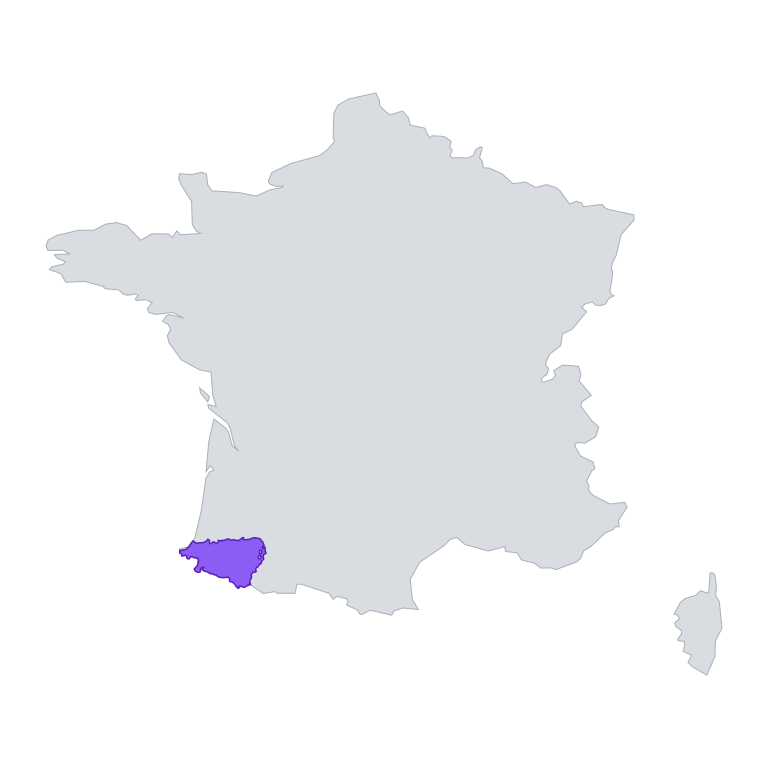 where Pyrénées-Atlantiques sits in France
{"feature_id": "FRA-5336", "entity_name": "Pyrénées-Atlantiques", "entity_type": "Metropolitan department", "adm_level": 1, "iso_a3": "FRA", "parent_name": "France", "parent_adm1": "", "projection": "equal_earth", "projection_center": [-0.695, 43.182], "detail": "fine", "context": "in_parent", "style": "filled", "palette": "violet", "viewbox_px": 768, "rotation_deg": 0, "n_neighbors": 0, "source": "natural_earth", "source_scale": "10m", "svg_char_len": 7271}
<svg xmlns="http://www.w3.org/2000/svg" viewBox="0 0 768 768"><path d="M614.1,295.8L608.7,298.5L605.5,303.9L602.1,305.3L595.6,305.3L592.4,301.9L584.8,304.1L581.8,307.6L586.6,311.8L572.0,329.4L562.4,334.0L560.8,345.5L549.6,354.2L545.6,363.3L545.4,365.1L548.4,368.1L547.4,374.0L541.7,377.9L541.9,381.7L543.5,382.3L552.4,379.2L555.6,375.7L553.7,370.8L562.5,365.0L578.6,366.4L580.9,374.3L579.1,380.9L591.3,395.3L581.5,402.0L581.0,406.4L592.0,421.0L598.8,427.0L595.7,436.7L585.0,443.1L577.9,442.5L575.0,444.1L575.4,447.2L580.6,456.1L592.8,461.8L594.9,468.6L591.7,471.0L586.6,481.1L589.2,486.2L588.4,488.4L589.7,491.8L593.0,495.3L609.9,504.0L624.9,502.3L627.0,507.3L618.4,520.7L619.2,526.7L614.5,526.9L613.8,528.9L604.7,533.4L590.3,547.0L583.4,551.0L580.9,557.9L576.9,561.8L555.6,569.7L551.5,567.9L541.0,568.1L534.3,563.1L521.6,560.0L517.2,552.8L505.5,551.5L504.7,546.6L488.3,551.0L465.0,544.5L456.7,537.5L450.1,539.3L444.2,545.6L419.7,562.2L410.2,579.4L412.4,599.6L418.4,609.5L403.1,608.0L394.1,610.9L391.7,615.2L370.1,610.2L362.2,614.4L360.0,614.1L357.1,609.8L346.5,605.0L348.0,601.7L346.6,598.7L336.6,596.3L333.1,599.3L329.3,593.4L301.4,584.2L296.9,584.3L295.1,593.4L277.2,593.2L274.6,591.6L263.1,593.5L250.8,585.0L237.1,586.6L228.7,577.9L220.6,577.3L209.1,572.8L203.9,570.5L203.2,567.9L199.8,571.8L195.5,570.9L194.6,569.7L197.4,564.9L197.9,559.3L183.6,555.1L179.9,551.1L179.8,548.9L187.5,547.0L194.5,539.3L201.2,511.2L206.0,478.1L209.6,471.9L214.0,470.2L210.4,465.7L206.1,471.6L208.8,441.5L213.9,419.0L225.8,428.2L228.6,432.2L232.1,445.6L238.8,451.3L234.4,445.8L230.1,428.0L227.4,422.9L208.5,408.0L207.9,404.6L216.2,406.4L212.8,395.3L211.0,372.1L199.5,369.8L181.3,359.9L168.8,342.3L167.4,335.7L170.8,328.7L167.9,324.3L162.6,321.3L166.8,315.3L170.5,314.7L183.6,318.1L172.9,312.5L155.5,314.4L148.6,312.4L147.4,308.3L152.2,303.0L146.4,299.7L136.4,300.5L135.2,299.1L138.2,295.3L135.7,293.9L127.6,295.3L123.0,294.1L118.7,289.8L105.6,288.8L102.7,286.3L84.7,281.4L65.8,282.2L60.7,273.6L49.3,269.5L51.7,266.7L63.2,264.2L65.5,261.8L57.2,258.3L54.3,254.7L69.7,253.9L62.8,250.2L47.9,250.5L46.1,245.4L48.1,240.1L56.9,235.4L78.5,230.3L94.2,230.2L105.4,224.2L116.4,222.6L126.7,225.5L140.7,240.3L152.0,233.8L168.8,234.0L172.2,237.7L176.7,230.9L180.4,234.8L200.8,233.5L196.1,230.9L192.3,224.6L191.6,201.5L181.2,184.9L178.7,178.8L179.4,173.7L191.5,174.6L201.6,172.3L206.4,173.9L207.6,184.6L211.8,190.8L239.8,192.7L256.0,196.1L269.6,190.0L282.3,187.3L283.3,185.9L276.0,186.4L269.3,183.8L268.3,181.0L271.8,172.6L291.2,163.4L319.5,155.6L326.7,150.4L334.9,141.0L333.1,138.6L333.9,113.2L338.0,105.0L348.6,99.0L375.9,92.9L379.5,101.0L379.4,105.5L386.8,112.6L390.5,114.8L402.4,111.0L408.3,117.6L410.2,125.1L424.8,128.2L429.3,138.0L431.9,135.8L440.9,136.2L445.2,137.1L451.2,141.4L449.6,147.2L452.3,150.1L450.0,155.5L451.8,157.8L468.5,157.8L473.4,155.4L475.5,149.9L480.4,146.7L482.3,147.7L479.5,157.8L481.9,160.4L483.4,167.7L489.7,168.2L502.2,174.0L512.9,183.7L525.6,182.1L535.9,187.5L546.2,184.6L556.2,187.6L559.7,190.4L569.5,204.0L576.4,201.2L581.5,202.8L583.3,206.7L602.0,204.4L605.6,208.3L609.6,209.7L633.7,214.8L634.2,219.9L621.2,234.5L616.2,255.3L612.5,262.6L611.3,268.0L612.6,271.6L612.2,277.3L609.9,291.0L611.8,295.0L614.1,295.8ZM716.4,586.2L715.6,595.4L719.4,602.0L721.9,628.3L715.4,641.1L714.9,656.6L706.8,675.1L692.4,666.8L688.0,662.3L691.5,655.2L683.2,651.4L684.8,644.6L683.8,641.2L678.1,640.8L677.7,639.0L681.6,633.8L681.4,630.5L675.8,626.4L674.6,622.8L679.6,618.7L677.1,615.0L674.1,614.1L680.6,602.1L685.3,598.5L696.0,595.2L700.3,590.7L707.5,593.1L708.7,592.0L710.1,573.1L712.6,572.8L715.0,575.3L716.4,586.2ZM209.4,396.6L207.7,401.9L200.5,392.8L199.6,387.8L209.4,396.6Z" fill="#d9dde1" stroke="#a8b0b8" stroke-width="1"/><path d="M182.0,556.1L181.9,555.9L181.7,555.6L181.6,554.4L181.0,553.7L179.6,553.0L179.6,552.3L179.7,551.0L179.8,550.3L180.0,550.4L180.7,550.9L181.0,550.4L181.9,550.1L186.1,549.4L187.2,547.9L188.3,547.4L189.2,546.8L189.6,546.2L190.6,544.3L190.8,543.6L191.2,543.1L193.1,540.8L195.2,542.6L196.6,543.3L197.6,543.0L199.2,542.8L202.5,542.7L204.0,542.3L206.0,541.3L207.5,539.9L207.8,539.3L209.3,540.1L209.6,540.9L209.3,542.9L210.2,543.8L211.2,543.4L212.4,542.4L213.6,541.8L215.7,543.0L216.3,543.1L217.2,542.9L217.9,542.5L218.3,541.8L218.2,540.4L220.2,540.7L221.1,541.1L221.6,540.5L222.1,540.3L224.1,540.5L226.9,539.1L227.9,538.9L228.8,539.1L231.0,540.3L231.4,540.2L233.0,539.7L238.2,540.6L238.9,540.4L242.5,537.7L243.0,537.5L243.7,537.8L243.7,538.2L243.4,538.8L243.5,539.5L244.3,539.9L249.5,539.3L252.2,538.2L253.6,537.8L255.2,537.7L259.6,538.6L260.6,539.2L261.1,540.4L261.4,540.8L261.9,541.1L262.3,541.4L262.6,541.8L263.8,544.5L264.0,545.2L264.1,545.7L263.9,546.1L263.6,546.2L263.2,546.2L262.8,546.1L262.5,546.3L262.4,546.9L262.5,548.1L262.9,548.5L263.2,548.5L263.6,548.2L263.8,547.8L264.1,547.5L264.5,547.3L265.0,547.3L265.2,547.6L265.3,548.0L265.1,550.3L265.3,551.2L265.9,552.5L266.0,553.2L265.8,553.6L265.4,553.8L264.5,554.0L264.2,554.2L263.9,554.6L263.6,554.9L263.4,555.5L263.2,556.1L263.1,557.0L263.6,558.2L263.7,558.5L263.6,558.8L263.5,559.2L263.2,559.5L262.9,559.9L262.1,560.7L261.8,561.1L261.6,561.5L261.3,562.9L261.1,563.5L260.8,563.9L260.5,564.0L259.9,563.8L259.7,563.9L259.3,564.3L258.6,565.8L258.3,566.4L257.9,566.8L257.5,567.1L256.5,567.5L256.2,567.8L255.8,568.5L255.8,569.4L255.8,570.1L256.2,571.3L255.9,571.7L255.5,572.0L255.0,572.1L253.6,572.1L253.3,572.3L252.9,572.5L252.4,573.2L251.6,574.0L251.3,574.5L251.2,574.9L251.2,575.4L251.5,576.3L251.5,576.9L251.5,577.8L251.2,578.4L250.8,578.9L250.5,579.3L250.1,579.9L250.0,580.3L249.9,580.7L249.9,581.1L250.0,582.0L250.3,583.6L250.5,584.6L250.4,584.6L249.6,583.9L249.4,584.5L249.0,585.0L248.7,585.2L248.3,584.8L246.0,586.5L244.8,587.1L243.4,587.3L240.8,586.1L239.6,586.1L239.5,587.5L239.1,587.7L238.3,588.2L237.9,588.3L237.5,588.0L237.5,587.6L237.5,587.2L237.3,586.8L237.0,586.8L236.3,586.8L236.0,586.6L236.0,586.4L236.1,586.1L236.0,585.9L234.1,583.5L233.3,582.8L231.7,581.8L231.2,581.7L230.7,581.8L230.2,581.8L229.8,581.3L229.5,580.7L229.5,580.4L229.7,580.1L229.7,579.7L229.5,579.2L228.8,577.5L227.6,577.1L223.9,577.7L220.1,577.4L218.3,576.8L216.6,575.6L216.1,575.0L215.3,574.8L213.6,574.6L213.3,574.3L212.5,573.8L212.1,573.6L210.3,573.8L208.7,572.6L207.1,571.7L204.4,571.2L203.5,570.7L202.7,569.8L202.4,569.0L202.8,568.2L203.8,567.4L202.8,567.1L201.7,567.5L200.9,568.4L200.5,569.6L200.4,571.2L200.0,572.1L199.2,572.3L197.9,572.2L196.7,571.9L195.7,571.4L194.8,570.4L194.2,569.1L194.6,568.6L196.6,566.5L197.2,565.8L197.9,563.8L198.5,561.3L198.3,559.1L196.9,557.7L196.4,557.7L195.8,557.9L195.3,558.0L193.3,557.0L191.9,556.6L190.9,556.6L190.2,557.0L189.8,558.0L189.5,558.6L189.0,558.9L188.4,558.9L187.9,558.9L187.3,558.6L187.1,558.3L186.8,557.3L186.7,556.7L186.8,556.3L186.8,556.0L186.4,555.7L185.5,555.3L185.0,555.3L184.1,555.7L183.1,555.8L182.5,556.0L182.0,556.1ZM259.3,558.8L259.8,558.8L260.3,558.6L261.1,557.3L260.6,555.9L259.5,555.2L258.4,556.5L258.3,557.3L258.4,557.7L258.5,558.1L258.9,558.6L259.3,558.8ZM260.3,553.9L260.8,553.8L261.1,553.6L261.4,553.3L261.7,552.4L261.8,551.9L261.9,551.4L261.8,551.1L261.7,550.8L261.5,550.5L261.3,550.4L260.7,550.2L260.4,550.2L260.2,550.3L259.8,550.7L259.6,551.3L259.4,552.6L259.6,553.2L259.9,553.6L260.3,553.9Z" fill="#8b5cf6" stroke="#5b21b6" stroke-width="1.5"/></svg>